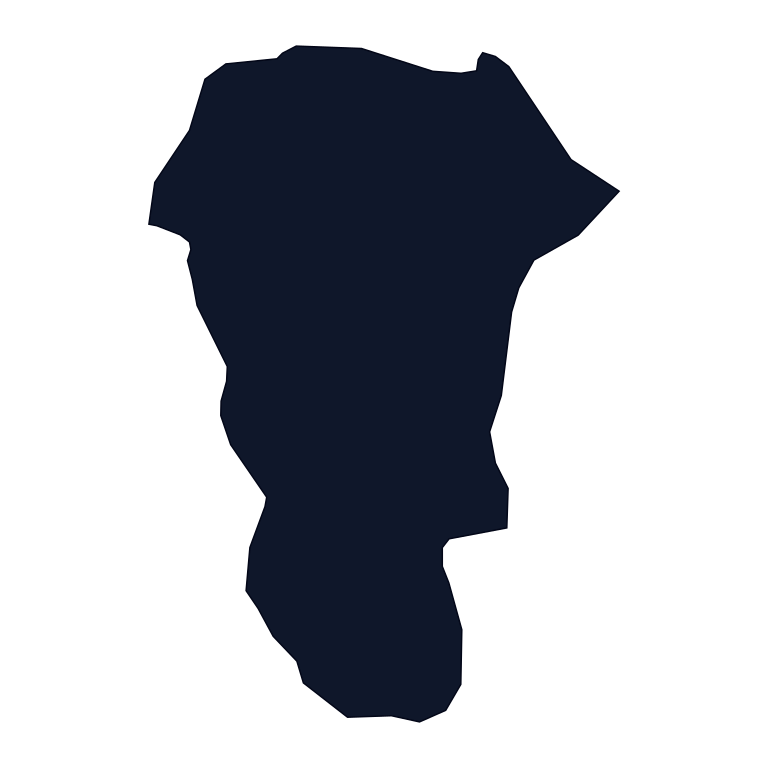 Ivancna Gorica, Mercator projection
{"feature_id": "SVN-955", "entity_name": "Ivancna Gorica", "entity_type": "Municipality", "adm_level": 1, "iso_a3": "SVN", "parent_name": "Slovenia", "parent_adm1": "", "projection": "mercator", "projection_center": [14.807, 45.902], "detail": "fine", "context": "isolated", "style": "filled", "palette": "ink", "viewbox_px": 768, "rotation_deg": 0, "n_neighbors": 0, "source": "natural_earth", "source_scale": "10m", "svg_char_len": 814}
<svg xmlns="http://www.w3.org/2000/svg" viewBox="0 0 768 768"><path d="M205.0,79.2L225.9,63.9L277.0,58.8L282.5,53.2L296.2,46.1L361.5,48.5L432.7,71.3L461.1,73.3L476.6,70.8L478.3,59.5L482.7,52.7L495.4,56.5L508.8,66.6L571.0,159.6L619.1,191.2L578.2,235.1L533.9,260.1L518.8,287.8L511.6,312.0L501.3,395.5L489.6,431.8L495.4,463.1L508.1,488.4L506.8,527.9L449.1,538.8L442.3,547.6L442.3,566.4L448.8,582.8L461.8,629.7L460.8,684.4L445.7,710.3L419.5,721.9L391.4,715.7L347.5,717.2L303.4,682.9L296.9,661.2L273.2,636.3L258.1,608.4L246.1,590.7L249.9,547.5L265.0,506.6L266.7,497.2L230.7,444.7L220.8,415.6L221.1,401.1L226.6,381.3L227.3,366.5L197.1,305.5L192.3,279.3L187.5,260.6L190.9,249.6L189.5,242.0L180.2,234.8L156.8,225.7L148.9,224.2L154.8,182.4L189.5,130.4L205.0,79.2Z" fill="#0f172a" stroke="#020617" stroke-width="1.5"/></svg>